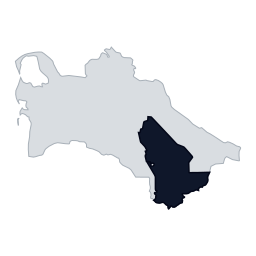 where Mary sits in Turkmenistan
{"feature_id": "TKM-360", "entity_name": "Mary", "entity_type": "Province", "adm_level": 1, "iso_a3": "TKM", "parent_name": "Turkmenistan", "parent_adm1": "", "projection": "orthographic", "projection_center": [62.192, 37.327], "detail": "fine", "context": "in_parent", "style": "filled", "palette": "ink", "viewbox_px": 256, "rotation_deg": 0, "n_neighbors": 0, "source": "natural_earth", "source_scale": "10m", "svg_char_len": 6732}
<svg xmlns="http://www.w3.org/2000/svg" viewBox="0 0 256 256"><path d="M68.9,75.5L81.3,77.0L85.2,77.7L86.9,76.0L86.8,75.5L86.2,75.1L85.4,73.8L85.1,65.3L86.2,64.1L87.5,63.3L89.5,60.7L90.5,59.9L92.0,59.3L96.7,59.4L98.7,58.9L100.6,56.0L101.0,54.2L102.4,52.8L103.1,52.9L106.2,54.2L106.9,54.9L107.9,57.2L109.1,57.1L109.3,56.7L109.2,56.2L108.3,54.8L106.4,52.2L104.5,50.5L104.4,50.0L106.1,48.8L109.5,49.5L110.3,49.1L111.3,47.1L115.6,51.8L116.4,52.3L119.9,53.0L120.5,53.7L121.6,56.3L122.8,57.1L124.3,57.6L130.6,57.9L132.6,59.7L132.9,60.1L132.5,61.3L132.3,63.7L131.8,64.6L132.1,65.1L134.3,66.1L135.6,67.7L135.7,68.3L135.3,68.7L134.3,68.5L133.7,69.2L133.7,70.4L134.4,71.6L134.6,72.7L133.5,75.1L133.4,76.2L133.8,76.8L139.5,80.6L140.4,80.7L146.0,80.1L147.0,80.6L151.9,81.5L153.3,81.4L154.2,80.2L155.1,79.7L156.0,79.7L158.3,80.5L160.8,82.1L162.4,83.5L163.2,84.9L165.4,92.2L166.9,95.2L168.7,96.7L169.9,99.6L171.0,105.8L171.7,107.1L174.4,109.5L188.4,119.5L192.7,124.0L199.3,128.2L201.7,127.7L206.9,132.2L210.2,133.9L214.5,136.6L223.6,142.6L225.5,142.8L227.6,141.8L229.5,142.3L232.9,143.8L236.6,146.0L239.7,146.8L240.6,147.8L240.6,148.4L239.1,151.5L239.0,155.5L239.4,160.7L238.6,160.8L232.5,159.6L226.6,156.6L225.3,157.7L224.6,158.8L223.3,163.4L215.6,164.0L211.0,166.3L207.2,181.3L206.3,183.1L203.8,185.6L199.3,188.1L198.6,189.1L198.5,190.0L198.0,190.2L195.4,190.3L185.9,193.7L183.8,193.7L183.0,194.0L182.6,194.5L183.7,197.5L182.9,198.3L182.3,199.8L181.8,202.4L175.5,206.5L174.2,206.9L171.6,206.6L170.3,207.0L169.0,208.3L168.3,207.9L168.0,206.6L167.3,205.7L163.4,202.5L158.9,203.0L157.2,202.7L155.8,202.2L153.8,200.3L152.5,198.5L151.1,198.7L150.7,197.9L150.6,196.9L151.0,195.7L150.9,193.5L150.2,191.9L149.3,191.2L150.3,188.6L150.3,186.7L149.7,184.6L149.5,181.6L149.7,178.6L148.9,177.2L135.7,177.1L131.2,170.1L129.3,168.4L122.9,165.3L121.1,163.7L119.7,162.0L119.4,159.6L118.7,158.2L117.7,158.0L112.7,155.1L110.7,154.3L107.9,154.9L106.3,154.1L104.4,155.0L103.5,155.1L101.5,154.3L99.1,151.8L97.0,150.7L92.6,148.9L89.5,148.3L86.7,147.2L86.5,146.8L86.5,144.7L86.2,143.8L85.4,142.8L84.4,141.9L79.6,141.7L77.5,140.8L75.8,140.6L72.0,140.5L70.7,141.0L70.0,141.6L69.4,143.6L69.0,143.9L65.3,143.7L57.6,142.7L54.3,143.5L49.0,146.3L45.9,148.7L45.0,149.8L42.9,154.3L42.1,154.9L41.0,155.3L40.0,155.3L35.2,156.8L33.4,157.1L28.8,156.4L28.3,149.5L28.4,144.0L29.6,136.6L29.8,131.7L31.2,124.5L31.1,122.7L29.1,119.2L29.0,117.0L27.6,116.7L25.4,114.6L23.3,113.7L22.2,113.5L21.1,114.0L20.2,115.0L19.9,113.2L20.1,111.4L22.2,107.9L23.2,109.1L24.5,109.7L28.0,109.8L27.8,108.5L26.1,107.0L25.9,105.3L26.2,103.6L26.9,102.0L26.4,101.3L25.6,100.8L23.8,100.7L19.1,99.6L18.3,101.5L19.4,104.1L17.5,101.0L16.3,97.9L15.7,94.3L15.9,90.6L18.4,84.8L20.7,77.5L22.2,80.8L23.4,82.3L26.2,83.5L27.7,83.4L29.3,82.7L30.8,83.1L32.8,86.6L34.4,87.1L38.0,86.1L39.7,86.0L41.1,86.7L42.5,86.8L42.0,85.3L41.9,83.8L42.8,83.1L45.5,84.1L47.7,83.4L48.2,83.1L48.5,81.9L48.4,79.3L48.0,78.2L46.9,76.6L42.4,72.7L40.9,71.1L39.7,69.1L38.2,61.6L37.0,56.8L36.4,56.2L33.6,55.6L28.3,56.2L26.4,55.8L25.5,56.2L23.2,58.0L22.0,59.6L20.2,63.3L21.1,64.6L19.6,71.0L19.8,73.8L19.6,74.0L18.3,70.4L16.6,66.7L15.4,61.3L18.9,58.2L21.8,56.1L24.9,54.5L28.0,53.6L34.9,52.3L38.7,52.0L41.7,52.1L43.9,53.5L49.8,58.2L52.4,60.8L53.0,61.8L53.6,64.1L57.6,71.9L58.7,73.0L60.3,75.5L62.0,76.3L68.9,75.5ZM18.5,124.6L18.3,125.6L17.7,122.5L17.6,119.2L18.2,118.4L18.8,118.5L18.1,119.6L18.5,124.6Z" fill="#d9dde1" stroke="#a8b0b8" stroke-width="1"/><path d="M209.7,172.3L208.0,175.7L207.7,176.4L207.6,177.2L207.5,177.6L207.5,178.1L207.6,178.5L207.9,179.3L207.9,179.7L207.9,180.6L207.7,181.3L207.4,182.1L206.1,184.2L205.8,184.6L205.2,185.1L204.7,185.3L203.4,185.6L203.1,185.8L202.9,185.9L202.7,186.2L202.4,187.1L202.0,187.2L201.8,187.0L201.1,186.9L200.4,187.1L199.8,187.4L198.7,188.3L198.5,188.5L198.4,188.9L198.4,189.3L198.6,190.2L198.6,190.5L196.9,189.9L196.5,189.8L196.2,189.9L195.9,189.9L195.4,190.1L193.8,191.0L193.1,191.2L191.0,191.4L190.7,191.5L190.4,191.7L190.1,191.9L189.7,192.5L188.1,193.4L186.6,193.7L182.9,193.7L182.6,193.7L182.3,194.0L182.2,194.4L182.3,194.7L182.5,194.9L182.6,195.3L182.7,195.6L183.6,196.3L183.8,196.7L183.9,196.8L184.4,196.9L184.5,197.0L184.4,197.4L183.9,197.7L182.6,198.2L182.1,198.6L182.1,198.9L182.2,200.0L182.2,200.3L182.5,200.5L182.4,201.4L182.3,202.2L182.2,202.6L182.0,202.8L181.7,202.9L181.0,203.0L180.6,203.1L179.5,203.6L177.9,204.9L176.8,205.5L176.3,205.9L176.1,206.2L175.9,206.4L175.6,206.6L174.4,207.1L174.1,207.2L173.9,207.2L173.4,207.0L173.2,207.0L172.9,207.1L172.7,207.0L171.6,205.9L171.1,205.9L170.6,206.5L168.9,208.7L168.6,208.9L168.4,208.7L168.1,207.9L168.0,207.6L168.0,206.7L168.0,206.4L167.9,206.0L167.7,205.7L167.4,205.4L166.5,205.0L166.0,204.7L164.3,202.9L163.8,202.6L163.3,202.4L162.3,202.3L160.2,203.0L159.2,203.1L156.9,202.8L155.8,202.3L155.0,201.4L153.9,200.4L153.7,200.3L153.9,200.1L154.1,199.9L154.3,199.7L154.9,199.3L155.0,199.2L155.5,198.6L155.6,198.4L155.7,198.1L155.8,196.5L155.8,196.4L156.0,196.2L156.4,195.8L156.4,195.7L156.0,195.3L155.4,194.6L155.1,194.3L154.9,194.0L154.8,193.9L154.5,193.3L154.5,193.2L154.6,192.8L154.7,192.7L154.8,192.6L155.2,192.5L155.7,192.5L155.9,192.5L156.0,192.4L156.3,192.2L156.5,192.1L156.7,191.9L156.8,191.9L156.8,190.7L156.7,190.6L155.9,190.5L155.7,190.4L155.4,189.2L155.4,182.9L155.4,176.8L154.6,174.9L150.7,168.3L150.1,167.3L147.1,162.2L147.3,161.9L148.1,161.9L148.4,161.9L148.6,161.9L149.4,162.0L149.5,162.1L150.0,162.4L150.2,162.8L150.6,163.5L150.7,164.0L150.9,164.5L150.9,165.5L151.1,165.9L151.3,166.0L151.6,166.2L151.8,166.2L152.0,166.3L152.3,166.3L152.5,166.2L152.9,166.1L153.4,165.8L153.5,165.7L153.9,165.2L154.0,164.8L154.0,164.6L154.1,164.2L154.0,163.9L154.0,163.7L153.9,163.6L153.7,163.4L153.4,163.3L152.7,163.1L152.2,163.2L151.6,163.4L151.4,163.5L151.2,163.6L150.2,162.1L150.1,161.8L149.9,161.7L149.5,161.6L148.1,161.5L147.7,161.6L147.4,161.5L147.0,161.5L146.8,161.5L146.6,161.5L146.5,161.4L146.4,161.4L145.3,156.6L145.3,155.5L145.5,154.9L145.8,154.8L146.1,154.7L146.3,154.5L146.1,153.9L145.4,151.5L145.3,151.2L145.7,151.0L146.4,150.9L146.7,150.8L146.9,150.6L146.8,150.2L145.4,147.5L144.8,146.5L140.7,142.1L140.4,141.1L138.5,132.5L139.4,132.6L139.7,132.6L139.9,132.5L140.1,132.2L140.2,131.8L140.6,129.7L140.7,129.3L140.8,129.1L141.1,129.0L142.1,128.8L142.4,128.7L142.6,128.3L142.7,128.0L143.8,122.2L144.3,121.6L146.4,120.9L147.5,120.7L147.6,120.3L147.8,120.0L148.0,116.7L151.2,117.0L151.8,117.6L154.2,120.1L157.3,123.4L170.7,137.6L176.0,143.3L177.5,144.6L179.2,145.2L183.1,146.7L184.2,147.3L190.0,153.8L192.3,156.5L192.5,157.4L190.3,160.4L189.6,161.4L189.4,161.8L188.7,162.3L189.0,172.0L189.2,172.6L189.7,172.7L193.7,172.6L197.7,172.6L202.4,172.5L205.8,172.4L209.7,172.3L209.7,172.3Z" fill="#0f172a" stroke="#020617" stroke-width="1.5"/></svg>